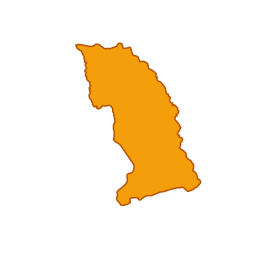 the Intendancy of Caquetá, rotated 216°
{"feature_id": "COL-1403", "entity_name": "Caquetá", "entity_type": "Intendancy", "adm_level": 1, "iso_a3": "COL", "parent_name": "Colombia", "parent_adm1": "", "projection": "orthographic", "projection_center": [-73.824, 1.133], "detail": "fine", "context": "isolated", "style": "filled", "palette": "amber", "viewbox_px": 256, "rotation_deg": 216, "n_neighbors": 0, "source": "natural_earth", "source_scale": "10m", "svg_char_len": 5471}
<svg xmlns="http://www.w3.org/2000/svg" viewBox="0 0 256 256"><g transform="rotate(216 128 128)"><path d="M78.8,77.1L80.0,76.8L83.2,74.3L84.4,73.0L84.7,72.3L84.4,71.2L83.6,70.4L82.7,69.8L82.4,68.9L82.6,68.2L83.0,67.1L83.8,65.7L85.4,63.7L86.8,62.4L87.3,61.9L87.6,61.7L88.3,61.5L91.9,62.7L93.6,62.9L94.4,63.1L95.0,63.5L95.5,63.9L95.8,64.5L96.8,67.2L97.4,68.0L98.1,68.7L98.8,69.2L99.2,69.9L99.3,71.2L97.2,79.3L97.0,81.1L96.9,82.3L97.1,83.6L97.4,84.7L98.0,85.6L100.2,88.1L100.8,88.9L101.2,89.6L101.2,90.4L101.0,91.1L100.4,91.8L99.6,92.7L98.9,93.6L98.5,94.7L98.5,96.0L98.9,97.7L99.7,99.4L100.9,101.0L102.4,102.0L124.0,109.7L125.1,109.8L126.4,109.8L129.9,109.5L132.9,110.0L133.2,111.0L133.3,111.5L137.0,116.9L137.6,117.5L139.4,118.9L139.9,119.5L140.5,120.6L141.0,121.2L141.4,121.8L141.8,123.0L141.9,123.5L141.9,124.3L142.0,125.2L143.9,127.3L147.6,130.6L148.6,131.8L149.9,132.2L150.3,132.5L150.6,133.0L150.8,133.5L151.2,134.0L151.8,134.5L152.7,135.0L154.6,135.6L155.3,135.6L155.8,135.5L156.4,135.3L156.9,135.0L157.2,134.8L157.7,133.9L158.5,133.3L159.3,132.5L159.9,132.0L161.0,131.5L161.5,131.2L161.7,130.7L161.9,130.2L161.9,129.8L161.7,129.1L161.8,128.7L162.1,128.1L162.2,127.4L162.3,127.1L162.8,126.5L163.1,126.3L163.4,126.3L163.7,126.2L163.9,126.0L164.0,125.7L164.7,125.8L165.3,126.1L165.8,126.8L166.3,127.3L167.1,126.0L167.2,125.6L168.0,125.5L168.4,125.4L169.6,125.9L170.2,126.2L171.2,127.1L174.3,129.1L175.1,129.3L176.4,129.5L176.8,129.7L178.5,131.3L178.9,131.9L179.0,132.6L179.1,133.7L179.2,134.3L179.4,134.8L179.9,135.1L180.4,135.1L180.9,135.3L181.2,136.0L181.3,137.1L181.5,137.4L181.9,137.5L182.2,137.4L182.5,137.1L183.0,137.9L183.0,138.4L182.8,139.1L182.8,139.7L183.1,140.1L184.2,140.4L184.5,140.7L185.2,142.2L185.5,142.5L187.9,142.7L188.6,142.8L190.3,143.4L190.6,143.7L190.8,144.0L190.9,144.4L191.0,144.7L191.3,144.9L192.9,145.1L193.4,145.4L193.8,146.3L194.1,147.7L194.3,148.3L194.9,148.8L195.2,148.7L195.3,148.3L195.6,148.2L196.2,148.6L196.6,149.1L196.8,149.7L196.8,150.3L196.5,150.8L196.5,151.6L197.7,152.6L199.1,153.5L199.9,154.2L199.9,154.7L199.7,155.3L199.6,156.0L199.8,156.4L200.3,156.4L201.4,155.6L201.9,155.8L202.4,156.4L202.6,157.1L203.0,157.6L203.9,157.9L204.3,158.2L205.1,159.5L205.5,160.0L209.2,161.7L211.0,162.9L211.5,162.9L211.9,162.7L212.4,162.5L212.8,162.5L213.4,162.7L213.8,162.8L214.2,162.7L215.3,162.4L215.7,162.5L216.6,163.0L217.8,163.5L218.9,164.5L216.5,166.9L214.6,168.0L207.8,171.0L205.5,172.5L204.1,174.2L203.7,175.7L203.2,176.9L202.4,177.6L201.3,178.1L199.8,178.4L194.8,178.4L193.7,178.5L192.8,178.9L191.4,180.3L189.5,181.4L188.9,181.9L187.8,183.8L187.1,184.7L186.3,185.5L185.7,186.5L185.4,187.7L185.4,188.9L185.5,190.0L185.3,190.9L184.9,191.3L183.9,192.1L182.3,192.4L181.0,191.6L179.9,190.4L178.7,189.8L177.8,190.2L176.7,191.1L174.9,193.1L174.4,193.9L174.1,194.4L173.5,194.5L172.6,194.0L171.7,193.4L167.8,190.3L166.7,189.9L165.7,190.1L164.4,190.9L161.8,191.4L157.7,188.7L155.5,190.3L154.6,191.1L153.8,191.4L152.8,191.4L151.6,191.7L150.1,191.5L148.7,190.5L147.3,189.1L146.1,188.2L145.5,188.0L145.1,188.1L144.8,188.4L144.2,188.7L143.4,188.9L141.7,188.8L140.1,188.9L137.3,188.5L136.9,188.2L136.6,187.7L136.2,186.6L135.8,186.3L135.4,186.3L135.0,186.3L134.6,186.4L134.3,186.3L134.2,186.2L134.0,185.8L134.1,185.1L134.1,184.9L133.9,184.7L133.6,184.6L133.4,184.6L133.2,184.5L132.2,183.8L131.5,183.6L131.0,183.6L129.9,184.1L129.4,184.3L128.8,184.3L126.0,183.8L125.9,183.8L123.2,183.0L121.4,182.2L120.6,181.7L119.4,180.3L117.5,178.8L116.8,178.4L116.1,178.6L115.5,178.9L114.9,178.9L114.6,178.6L114.5,177.9L114.3,177.7L114.0,177.5L113.7,177.5L113.2,177.5L112.8,177.6L112.5,177.7L112.2,177.8L111.8,177.5L111.6,177.2L111.4,176.9L111.0,175.8L111.0,175.5L111.0,175.3L110.7,174.9L110.4,174.6L109.0,173.9L108.3,173.8L107.0,174.3L106.4,174.3L106.1,173.9L106.1,173.3L105.9,172.7L105.3,172.5L104.7,172.7L104.4,173.8L103.8,174.0L103.2,173.9L102.9,173.7L102.6,173.6L101.9,173.7L101.3,173.8L100.6,173.7L99.9,173.5L99.4,173.2L99.2,172.8L98.9,172.0L98.7,171.8L98.4,171.6L98.1,171.6L97.9,171.6L97.3,171.5L97.0,171.5L96.8,171.4L96.6,170.9L96.5,170.3L96.4,170.0L96.0,169.2L96.1,168.9L96.3,168.7L96.8,167.8L97.0,167.5L96.8,167.3L96.1,167.0L95.6,166.7L95.7,166.3L96.1,165.9L96.3,165.4L96.1,163.9L95.2,162.8L93.9,162.1L89.7,161.3L87.4,160.0L85.8,159.5L85.5,159.1L85.4,157.9L84.9,156.2L84.8,155.7L85.0,153.3L84.6,152.2L83.2,152.0L82.5,152.2L82.1,152.2L81.8,152.1L81.7,151.9L81.6,151.3L81.5,151.1L81.0,150.9L80.6,150.9L79.7,151.3L78.4,151.6L77.6,151.3L77.1,150.5L76.6,149.2L76.5,148.6L76.7,147.4L76.7,146.8L76.4,146.2L75.6,145.2L75.3,144.6L75.2,144.2L75.3,143.5L75.2,143.1L74.9,142.8L74.4,142.5L73.6,142.1L72.9,141.9L70.8,142.2L67.7,142.0L66.2,141.5L64.0,139.1L62.5,138.4L60.9,138.2L58.4,138.4L57.7,138.4L57.1,138.2L56.4,137.7L55.7,137.4L54.2,137.3L53.6,136.9L51.6,134.5L51.1,133.7L51.0,133.1L51.1,132.6L50.9,132.1L50.4,131.7L49.7,131.6L48.4,131.7L47.7,131.7L46.7,131.3L46.2,131.1L45.7,131.2L42.1,128.0L41.7,127.9L40.3,128.1L38.6,127.8L38.0,127.5L37.5,126.9L37.1,126.1L37.1,125.7L37.5,120.9L37.6,120.4L38.3,119.5L38.6,118.9L38.8,117.6L39.6,115.8L41.3,113.3L41.9,112.3L42.6,111.8L44.9,112.2L46.8,112.2L47.7,112.4L48.6,112.2L49.4,111.9L50.0,111.2L50.6,110.5L51.3,109.8L53.2,108.4L53.7,107.9L54.2,107.1L55.0,106.2L57.3,103.6L59.1,101.2L61.6,97.6L64.3,95.1L67.1,90.6L68.3,88.7L69.1,87.2L69.9,86.6L71.6,85.4L71.9,85.2L73.3,83.7L73.8,82.9L74.3,81.8L75.5,77.7L76.0,76.9L76.5,76.4L76.9,76.3L77.3,76.4L78.4,77.0L78.8,77.1Z" fill="#f59e0b" stroke="#b45309" stroke-width="1.5"/></g></svg>